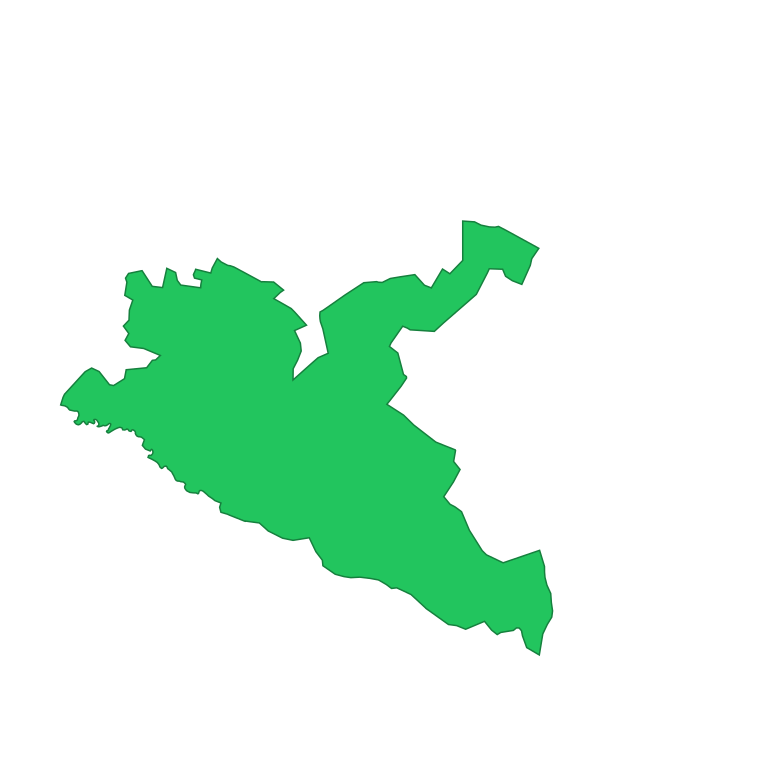 Garko, Kano, Nigeria (Natural Earth projection), rotated 302°
{"feature_id": "59680162B51570410917379", "entity_name": "Garko", "entity_type": "district", "adm_level": 2, "iso_a3": "NGA", "parent_name": "Nigeria", "parent_adm1": "Kano", "projection": "natural_earth1", "projection_center": [8.82, 11.564], "detail": "fine", "context": "isolated", "style": "filled", "palette": "green", "viewbox_px": 768, "rotation_deg": 302, "n_neighbors": 0, "source": "geoboundaries", "source_scale": "gbopen_adm2", "svg_char_len": 4719}
<svg xmlns="http://www.w3.org/2000/svg" viewBox="0 0 768 768"><g transform="rotate(302 384 384)"><path d="M578.3,397.6L575.8,395.0L573.1,390.2L570.1,382.0L569.5,374.9L563.9,364.4L530.5,385.3L513.0,381.6L512.4,381.5L512.5,373.3L512.5,372.7L491.0,373.2L490.6,373.3L489.3,366.6L489.2,365.9L493.1,352.2L483.6,341.1L476.8,333.4L469.2,328.7L467.3,325.2L466.9,323.5L459.2,313.2L438.9,303.8L414.2,293.3L411.2,291.6L407.9,293.3L405.3,295.2L403.1,297.1L398.4,302.9L380.5,320.4L371.4,314.2L362.5,311.5L339.2,304.7L348.8,298.9L358.4,298.1L368.1,296.3L374.4,291.4L381.9,279.8L392.8,287.1L397.7,270.0L398.8,265.4L398.0,245.3L406.6,247.5L410.4,249.1L412.0,236.4L406.4,226.8L405.7,226.1L404.3,203.7L404.2,202.7L404.0,199.0L403.7,194.8L402.8,190.9L401.8,188.7L401.5,185.2L401.2,181.3L402.1,176.2L391.3,176.9L386.3,178.3L381.5,163.5L379.8,163.9L377.2,164.2L375.6,164.5L373.4,167.2L375.7,174.3L372.0,175.7L370.5,176.4L368.5,177.5L367.4,175.3L360.2,159.2L362.3,153.8L368.1,148.2L367.0,138.5L366.5,138.7L348.5,145.1L348.1,144.4L344.0,135.7L351.9,118.8L351.4,118.2L342.4,108.8L336.8,108.7L334.1,112.0L321.8,117.2L322.1,126.5L311.8,128.9L303.0,133.9L295.0,132.3L291.6,140.8L283.8,141.3L281.2,149.3L286.8,161.4L289.7,179.2L283.4,177.6L281.8,175.6L281.3,175.0L272.0,174.1L260.0,158.5L259.5,157.8L251.0,161.1L239.4,155.5L237.9,151.6L243.6,135.8L242.6,127.6L236.9,124.5L235.8,124.0L206.0,118.5L202.6,118.9L194.9,120.9L195.2,122.2L195.8,123.5L196.4,125.3L196.5,127.9L195.9,129.5L195.6,130.2L195.4,131.3L196.2,133.5L197.1,136.0L197.7,136.9L198.4,138.0L198.3,139.5L197.3,140.7L196.0,141.8L194.9,142.1L193.2,142.3L191.6,142.8L190.4,142.9L189.4,142.1L188.9,141.3L188.1,141.1L187.5,141.9L187.2,143.0L186.9,144.2L187.1,145.4L187.5,146.5L188.6,147.4L189.8,147.8L190.8,148.1L191.9,148.1L192.9,148.8L193.3,149.4L192.3,151.7L192.0,153.3L192.9,154.1L195.0,153.5L195.6,154.4L196.0,155.8L196.2,157.5L196.5,158.8L197.2,159.1L198.4,158.9L199.1,158.1L199.4,157.0L200.1,156.9L200.8,157.6L201.2,158.5L201.1,159.8L200.3,161.4L199.7,162.8L198.5,163.7L197.3,163.9L196.3,163.3L196.2,164.1L196.9,165.2L198.0,166.2L199.2,167.2L200.1,167.6L200.5,169.1L200.8,169.6L201.5,170.4L203.1,171.3L204.3,171.6L205.3,172.4L205.4,173.2L205.0,173.6L204.3,173.9L203.1,174.1L201.5,174.2L199.6,174.3L198.8,174.6L198.2,174.4L197.5,173.8L196.7,173.9L196.3,174.8L196.3,176.0L197.2,176.8L199.2,177.7L202.5,179.4L204.0,180.3L206.0,181.7L207.3,182.9L207.9,184.9L207.4,185.9L206.7,186.6L207.5,188.3L208.4,189.2L209.5,189.7L209.9,190.7L209.5,191.7L209.1,192.8L209.7,194.5L210.4,194.7L211.4,194.6L212.1,195.2L212.2,196.6L212.0,197.7L211.4,198.8L210.5,199.2L210.1,199.6L209.5,200.5L208.9,202.3L209.2,203.8L209.8,204.8L210.4,206.5L209.9,210.3L203.9,211.6L202.4,216.2L203.3,221.2L205.3,221.4L205.5,222.0L205.2,222.8L204.5,223.6L203.4,224.4L202.1,224.7L201.2,224.6L200.0,224.4L199.5,223.1L198.6,222.3L196.7,222.8L197.2,227.1L197.4,230.7L197.3,233.3L196.4,235.9L194.9,238.0L194.5,240.0L195.3,240.7L197.7,241.3L198.9,242.7L198.8,243.7L197.6,245.4L197.4,247.5L196.9,250.7L196.1,251.9L194.7,254.5L192.5,257.7L192.1,259.0L192.3,260.4L193.2,261.9L193.4,263.2L194.6,265.9L194.2,268.2L193.7,269.0L191.4,269.3L190.6,269.8L189.9,270.6L189.3,272.0L188.9,273.2L189.0,274.8L189.1,275.9L189.2,276.9L190.0,278.6L190.6,279.9L192.0,282.3L192.2,283.4L192.2,284.2L192.8,284.7L195.2,284.1L196.1,284.3L196.9,285.5L197.2,286.5L197.2,287.8L196.5,292.3L196.0,294.6L195.9,299.0L195.5,302.4L196.7,308.8L196.3,308.9L192.4,309.9L190.0,312.4L188.8,313.7L190.5,319.8L190.6,320.0L190.9,322.4L193.8,338.4L194.1,339.1L194.3,339.0L196.0,342.9L200.1,351.9L198.0,363.7L199.5,379.7L203.2,389.7L214.0,402.1L205.7,415.1L201.9,425.1L197.5,428.5L196.8,443.4L199.4,452.0L202.2,458.5L207.4,465.9L211.6,474.8L214.9,483.1L215.2,492.2L214.6,498.7L217.9,502.8L219.8,518.5L216.3,537.0L216.2,537.5L215.9,538.6L214.2,566.1L217.6,573.6L219.3,583.2L236.0,595.0L232.3,605.7L231.5,612.8L235.2,614.7L243.6,624.3L247.4,625.6L248.7,628.0L247.6,631.4L243.8,634.9L236.1,644.7L236.5,659.3L256.2,651.1L266.7,649.9L275.2,649.8L280.9,647.2L287.4,641.7L294.7,636.4L299.8,628.7L305.3,623.0L309.6,619.8L314.3,616.8L325.4,604.1L295.5,579.8L293.4,561.4L294.7,555.6L305.2,533.9L316.8,517.4L317.4,509.5L317.0,503.7L320.1,494.4L337.7,494.8L351.8,493.8L355.2,484.1L365.5,479.9L365.9,479.3L363.9,468.4L362.2,458.7L365.0,430.9L368.0,417.1L368.3,397.2L374.2,397.9L391.2,399.7L401.0,400.0L402.2,399.0L402.4,395.5L417.6,379.3L418.7,368.7L422.6,368.2L442.5,369.2L442.9,369.2L443.8,374.2L443.8,377.5L446.2,381.9L447.6,384.5L455.3,398.8L467.3,402.1L486.6,408.0L508.9,414.8L532.9,412.8L537.5,412.2L544.2,423.8L539.8,430.0L539.6,438.1L541.5,448.1L562.1,445.2L568.6,442.9L581.1,443.4L579.0,406.5L579.0,406.3L578.3,397.6Z" fill="#22c55e" stroke="#15803d" stroke-width="1.5"/></g></svg>